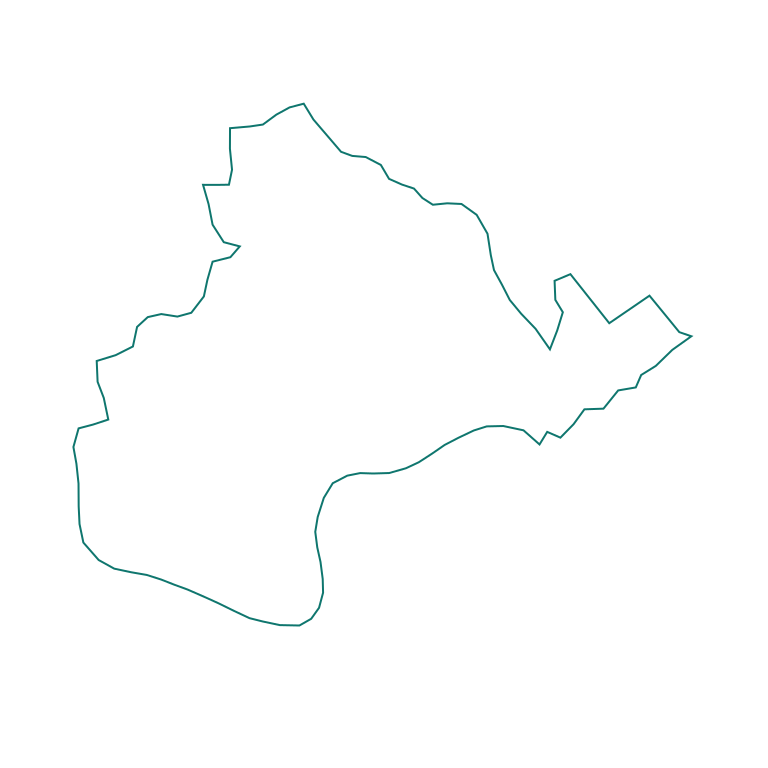 outline of Paial, Santa Catarina, Brazil, rotated 12°
{"feature_id": "56859067B54701998113386", "entity_name": "Paial", "entity_type": "district", "adm_level": 2, "iso_a3": "BRA", "parent_name": "Brazil", "parent_adm1": "Santa Catarina", "projection": "robinson", "projection_center": [-52.484, -27.213], "detail": "fine", "context": "isolated", "style": "outline", "palette": "teal", "viewbox_px": 768, "rotation_deg": 12, "n_neighbors": 0, "source": "geoboundaries", "source_scale": "gbopen_adm2", "svg_char_len": 1576}
<svg xmlns="http://www.w3.org/2000/svg" viewBox="0 0 768 768"><g transform="rotate(12 384 384)"><path d="M93.3,510.2L99.7,525.9L105.9,544.9L110.8,567.2L115.3,584.3L122.9,601.6L141.5,615.5L158.5,620.7L175.8,620.7L191.6,620.1L206.7,621.6L220.5,623.9L234.6,625.9L253.1,629.7L267.7,632.9L284.8,637.2L301.1,641.0L314.7,641.5L332.2,641.5L351.5,637.8L361.6,628.8L367.0,616.4L367.8,600.8L364.6,587.5L358.9,571.3L352.7,557.7L347.5,542.9L346.8,527.9L348.8,507.9L354.5,491.7L367.1,481.3L379.2,476.1L392.0,473.8L407.6,470.0L422.9,461.9L434.3,453.3L445.6,442.0L456.0,431.0L467.9,421.2L481.5,410.8L493.3,404.1L509.4,400.3L530.1,400.3L548.7,410.8L553.6,396.9L567.7,399.8L577.8,383.9L585.3,367.1L603.8,362.5L614.4,341.6L631.0,335.0L633.7,321.7L646.1,309.8L658.9,290.7L674.7,273.4L662.1,271.9L644.8,258.0L625.3,242.4L591.7,277.7L543.5,237.8L529.4,247.6L534.1,266.1L544.0,276.6L542.3,295.6L539.1,315.6L520.8,298.5L503.5,286.7L489.6,275.7L478.8,262.4L467.9,249.7L461.7,235.8L454.0,215.5L439.5,199.3L422.4,191.8L408.3,194.1L394.5,198.5L382.9,194.1L372.7,186.6L360.1,185.2L346.3,182.3L335.4,170.4L318.9,165.8L305.5,167.5L293.7,165.8L260.0,140.0L247.2,126.5L234.1,133.1L222.7,142.9L211.6,155.4L199.2,160.0L180.2,165.8L184.4,186.0L190.8,206.0L190.9,221.3L179.5,223.9L165.6,226.8L175.0,244.5L183.2,263.8L197.8,278.6L214.3,279.4L207.4,291.9L190.9,300.0L189.6,318.8L189.6,335.8L180.7,354.4L167.9,361.0L151.6,361.9L139.0,367.7L130.6,379.5L130.6,399.5L115.5,411.6L98.2,421.2L103.4,441.4L112.8,455.9L121.7,476.1L107.8,484.2L94.5,490.9L93.3,510.2Z" fill="none" stroke="#0f766e" stroke-width="2"/></g></svg>